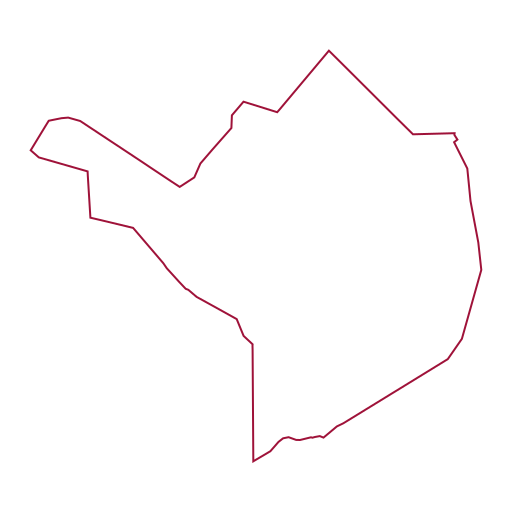 the district of Santa María Jalapa del Marqués, Oaxaca, Mexico
{"feature_id": "50627088B47200776133604", "entity_name": "Santa María Jalapa del Marqués", "entity_type": "district", "adm_level": 2, "iso_a3": "MEX", "parent_name": "Mexico", "parent_adm1": "Oaxaca", "projection": "robinson", "projection_center": [-95.524, 16.507], "detail": "fine", "context": "isolated", "style": "outline", "palette": "rose", "viewbox_px": 512, "rotation_deg": 0, "n_neighbors": 0, "source": "geoboundaries", "source_scale": "gbopen_adm2", "svg_char_len": 1034}
<svg xmlns="http://www.w3.org/2000/svg" viewBox="0 0 512 512"><path d="M413.0,134.3L396.7,118.2L339.6,61.3L328.9,50.7L279.3,109.8L277.2,112.2L243.5,101.7L231.9,115.3L231.4,128.0L212.1,149.9L200.4,163.5L194.3,177.4L179.7,186.9L171.6,181.6L149.8,167.1L142.2,162.0L80.2,121.0L68.2,117.6L62.5,118.1L62.0,118.1L56.4,119.2L49.0,120.7L48.7,120.8L45.8,125.5L30.7,150.3L38.8,157.4L79.3,169.0L87.6,171.4L87.8,175.7L90.4,217.7L93.0,218.3L101.1,220.2L133.1,227.9L163.3,263.2L166.8,268.3L178.9,281.6L185.7,288.8L188.3,289.8L196.6,296.9L208.6,303.5L236.7,319.1L242.0,332.0L243.6,335.9L246.8,338.9L252.6,344.3L252.5,345.7L252.6,350.1L253.3,458.9L253.3,461.3L270.4,451.2L278.5,441.9L283.1,438.3L288.6,437.2L296.1,439.9L300.0,440.0L311.0,437.3L312.4,437.7L314.9,437.0L319.8,436.1L323.5,437.6L336.9,426.4L343.3,423.3L391.5,393.7L393.8,392.3L447.8,359.1L451.5,353.8L461.9,338.8L481.3,269.9L478.3,242.5L470.5,201.0L469.2,187.7L467.3,168.5L454.1,142.2L457.4,139.6L454.4,134.9L454.6,133.2L413.0,134.3Z" fill="none" stroke="#9f1239" stroke-width="2"/></svg>